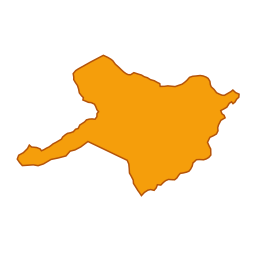 Caldazinha, Goiás, Brazil (Mercator projection), rotated 206°
{"feature_id": "56859067B2898488959664", "entity_name": "Caldazinha", "entity_type": "district", "adm_level": 2, "iso_a3": "BRA", "parent_name": "Brazil", "parent_adm1": "Goiás", "projection": "mercator", "projection_center": [-48.966, -16.729], "detail": "fine", "context": "isolated", "style": "filled", "palette": "amber", "viewbox_px": 256, "rotation_deg": 206, "n_neighbors": 0, "source": "geoboundaries", "source_scale": "gbopen_adm2", "svg_char_len": 2171}
<svg xmlns="http://www.w3.org/2000/svg" viewBox="0 0 256 256"><g transform="rotate(206 128 128)"><path d="M200.2,156.6L201.1,152.8L199.0,149.9L198.0,147.7L195.3,145.9L192.0,144.0L189.5,141.4L187.1,138.2L183.9,136.6L181.5,135.8L180.8,133.4L177.6,133.6L174.9,133.7L172.1,134.7L168.6,134.7L166.5,133.2L163.9,130.8L161.6,129.7L162.2,127.4L160.9,124.5L161.5,121.4L164.3,120.4L166.7,119.0L168.9,117.1L169.7,114.4L172.6,109.6L172.6,105.7L174.6,103.9L175.5,100.7L177.5,98.6L180.0,96.7L181.4,94.4L182.8,91.2L182.9,88.8L184.5,86.4L186.5,83.4L188.4,80.9L189.4,78.7L190.7,76.3L192.4,74.2L194.1,71.6L195.8,69.6L197.9,70.7L201.6,70.4L203.8,69.6L206.3,68.6L209.2,69.4L209.3,65.5L211.2,60.0L214.3,55.6L213.9,51.5L210.2,49.4L206.5,47.9L196.9,53.4L192.3,54.7L188.2,58.7L183.4,66.0L177.8,70.3L171.5,75.7L169.9,81.8L166.1,85.0L162.1,90.4L158.1,98.3L130.1,98.5L127.6,98.5L117.7,98.6L114.6,98.6L111.5,96.0L109.3,92.4L106.9,88.1L104.5,86.5L100.5,83.5L98.8,80.6L94.3,77.8L91.8,76.2L89.3,74.9L86.3,73.1L85.0,77.3L82.9,80.8L80.7,82.6L77.2,83.4L76.4,86.6L76.7,89.9L73.5,91.1L72.3,94.7L71.1,97.2L69.1,99.5L66.1,100.7L63.4,101.9L62.2,104.4L61.8,107.6L61.1,110.2L58.8,111.7L56.0,114.0L54.3,115.9L53.7,118.4L53.6,121.9L54.3,125.0L52.6,129.5L50.1,130.9L46.1,132.6L44.1,134.5L42.5,136.9L41.7,140.0L43.2,142.9L44.5,145.4L47.2,147.4L50.3,150.0L50.3,155.5L47.7,158.7L45.9,161.4L45.9,164.9L47.5,167.6L48.0,170.5L47.9,175.6L45.2,179.7L47.2,181.5L49.8,182.0L52.3,184.3L50.0,187.4L48.3,190.0L47.8,194.6L46.4,196.9L44.3,195.9L43.2,198.3L43.0,201.4L41.9,204.2L43.0,207.1L46.8,207.0L50.4,208.1L51.4,205.9L53.5,202.8L55.7,199.6L57.9,198.7L60.7,198.5L63.8,198.5L67.6,200.4L71.3,201.5L73.0,203.1L74.9,205.9L77.7,207.7L80.0,208.0L83.3,207.7L86.2,206.8L89.3,204.8L92.6,202.8L94.9,200.5L96.0,196.5L97.2,193.7L98.6,191.1L101.1,188.6L103.8,185.9L110.7,183.3L113.4,181.5L117.3,179.5L118.9,181.8L121.7,181.8L125.1,182.0L129.1,181.3L132.6,181.7L135.9,181.2L139.0,181.5L142.1,181.0L147.0,180.3L149.0,177.0L151.3,176.0L153.6,176.0L156.5,176.5L159.5,177.4L162.5,178.4L167.4,179.8L171.2,181.8L173.5,182.3L177.2,182.6L182.0,182.5L190.4,171.1L198.6,159.3L200.2,156.6Z" fill="#f59e0b" stroke="#b45309" stroke-width="1.5"/></g></svg>